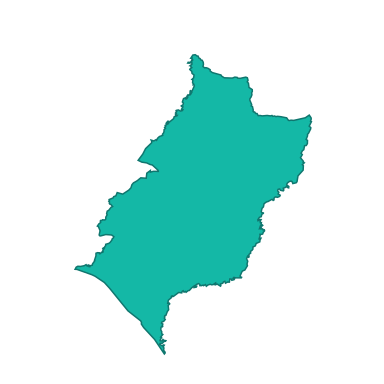 the district of Mbanza-Ngungu, Bas-Congo, Democratic Republic of the Congo, rotated 47°
{"feature_id": "63176286B82592558575614", "entity_name": "Mbanza-Ngungu", "entity_type": "district", "adm_level": 2, "iso_a3": "COD", "parent_name": "Democratic Republic of the Congo", "parent_adm1": "Bas-Congo", "projection": "equal_earth", "projection_center": [14.766, -5.339], "detail": "fine", "context": "isolated", "style": "filled", "palette": "teal", "viewbox_px": 384, "rotation_deg": 47, "n_neighbors": 0, "source": "geoboundaries", "source_scale": "gbopen_adm2", "svg_char_len": 6057}
<svg xmlns="http://www.w3.org/2000/svg" viewBox="0 0 384 384"><g transform="rotate(47 192 192)"><path d="M142.0,259.2L143.0,259.1L143.9,260.2L144.7,260.4L145.9,259.8L148.5,260.0L148.0,261.6L148.6,265.4L148.2,267.1L149.7,269.3L150.8,269.6L151.6,272.2L152.9,273.4L153.1,274.4L152.8,275.1L151.3,276.4L151.3,277.4L150.5,278.3L150.7,278.9L152.0,279.6L151.8,281.9L152.4,284.5L153.5,284.1L157.6,285.6L160.1,289.2L161.0,289.4L161.8,288.8L164.3,284.1L168.6,280.1L171.4,279.6L171.9,280.9L171.9,282.6L172.5,283.3L173.0,286.2L172.9,287.7L171.4,290.8L172.2,291.5L172.8,294.2L172.4,295.1L172.6,296.0L173.1,296.0L173.5,295.2L174.3,297.9L175.1,297.8L175.2,298.5L174.4,299.5L174.5,301.2L174.1,301.7L173.3,301.2L171.9,302.5L171.3,304.0L173.2,305.8L175.5,310.0L176.0,310.0L176.7,313.7L177.5,314.9L176.6,316.5L177.0,317.6L176.3,318.2L175.6,317.4L175.0,318.6L174.6,317.9L173.9,319.2L172.9,319.0L172.4,321.1L170.4,324.3L168.4,326.2L168.0,328.0L168.8,330.2L170.2,328.9L184.3,321.6L187.6,320.3L198.4,317.8L206.1,317.9L235.3,319.9L251.3,317.4L253.1,318.0L254.0,319.1L258.2,319.8L274.2,319.9L291.6,322.7L291.4,321.4L290.7,320.9L288.4,320.7L286.9,318.9L285.6,318.7L285.1,316.7L284.5,317.0L283.9,318.8L281.4,319.5L280.9,318.6L282.4,316.7L282.2,314.5L283.1,313.2L282.9,312.5L281.4,313.7L280.0,313.8L280.6,315.4L279.1,316.8L278.7,316.6L277.6,313.5L276.7,313.9L276.3,310.5L275.0,310.8L273.4,309.3L271.7,309.0L269.8,306.9L269.9,305.9L270.4,305.6L270.2,304.9L269.4,304.8L268.7,303.4L267.1,303.8L266.6,302.8L267.3,300.8L267.0,298.5L265.4,298.3L264.9,297.1L264.2,296.9L263.9,296.2L264.4,295.2L262.6,291.6L262.2,289.4L258.7,286.8L258.6,284.6L257.4,284.5L256.8,285.6L255.0,283.0L255.2,279.4L254.2,278.1L254.5,277.3L255.3,277.5L255.7,276.7L256.4,270.3L258.8,268.3L258.0,267.0L258.2,265.8L259.8,266.1L260.3,264.6L261.3,264.7L261.5,262.1L262.2,261.1L261.9,257.5L262.2,254.7L263.3,255.7L264.5,253.7L264.2,252.9L263.5,253.6L262.7,253.5L262.7,251.6L263.5,249.6L265.1,249.3L265.8,250.1L267.0,248.9L267.6,247.4L268.4,247.4L268.9,245.3L270.7,245.8L270.9,243.7L271.9,241.6L273.2,241.0L274.1,239.8L274.6,236.7L275.3,237.2L275.4,238.5L275.8,238.3L276.5,236.4L280.3,235.4L280.2,234.8L278.7,233.8L279.7,231.8L279.2,230.3L279.7,228.9L281.5,229.7L282.1,227.5L283.4,226.1L281.4,223.6L282.5,222.7L283.7,223.1L284.8,221.1L284.6,220.3L283.1,220.8L283.0,219.6L284.6,218.6L288.4,214.5L288.2,213.9L286.9,214.4L286.2,214.1L284.5,210.2L284.2,209.0L285.1,206.5L283.7,201.7L282.2,200.9L280.6,198.4L278.1,197.7L276.9,195.3L278.2,195.3L278.4,194.7L277.6,193.8L276.8,193.7L276.5,192.5L276.7,190.7L275.8,190.2L275.3,189.0L275.6,188.0L275.3,186.4L273.8,185.0L274.6,182.4L273.4,180.2L274.7,176.4L273.5,175.0L272.8,173.0L272.4,173.4L272.4,175.6L270.4,171.9L269.3,171.2L270.6,169.8L270.9,168.9L270.1,167.4L269.9,165.4L269.0,164.9L268.1,165.9L267.1,165.5L265.7,167.0L265.2,165.8L264.7,167.4L263.3,164.8L263.6,164.3L264.6,164.3L264.6,163.0L262.5,163.3L261.7,162.1L261.0,162.9L259.8,162.1L259.3,160.3L258.4,161.1L258.0,163.3L257.2,162.9L256.5,159.9L257.3,158.2L255.9,156.1L256.3,154.4L256.0,154.1L254.4,155.0L253.6,154.8L251.7,151.9L251.6,149.9L249.7,147.3L250.1,144.1L250.8,143.0L251.8,138.9L252.1,138.4L253.5,138.4L253.7,137.4L252.6,136.5L252.3,135.4L252.6,134.2L254.2,133.1L255.0,130.9L254.5,129.7L252.2,130.4L251.4,128.6L249.8,128.7L249.1,128.0L248.8,127.1L249.6,125.8L251.0,126.2L253.4,124.5L253.2,123.5L251.5,122.7L252.3,120.8L252.4,119.0L253.6,119.2L254.9,118.5L254.0,117.4L251.4,117.9L250.7,116.9L250.5,115.7L250.7,113.7L251.5,112.2L252.5,111.7L254.6,112.5L256.3,109.5L256.1,108.2L252.5,103.5L251.8,95.8L248.7,92.6L247.3,92.7L247.2,90.0L246.1,90.5L245.6,89.6L240.9,89.3L239.9,85.8L238.1,85.8L237.1,83.1L237.3,81.4L234.9,78.1L235.9,76.7L235.3,74.6L233.0,72.3L231.4,72.7L229.8,69.3L228.6,68.2L228.5,66.7L226.8,62.2L225.9,61.2L223.8,61.4L222.0,56.7L221.1,57.1L219.9,55.0L218.9,54.3L215.7,53.8L215.0,58.5L209.0,68.8L207.0,70.6L206.2,72.0L205.4,72.6L202.3,72.2L197.6,75.6L195.0,77.8L194.1,79.2L192.7,79.8L191.8,81.3L190.6,81.3L189.8,82.8L187.3,84.8L184.2,88.8L182.5,90.0L181.3,91.5L179.0,90.9L177.9,91.9L176.2,91.6L175.4,92.4L174.6,92.3L173.8,91.3L170.7,89.5L169.4,90.0L168.7,88.7L164.1,87.0L163.2,85.9L162.9,84.2L161.8,81.9L160.1,80.7L159.6,79.3L158.2,78.1L154.4,79.0L150.9,76.5L149.1,76.5L148.5,74.8L146.2,73.6L144.7,74.3L141.7,79.3L139.8,81.0L139.0,80.8L137.2,82.3L136.2,84.8L130.5,90.5L127.4,91.3L126.2,91.0L118.5,95.7L115.8,96.2L114.9,95.3L112.3,96.0L110.6,97.0L109.8,98.1L107.7,98.4L106.5,96.6L104.8,95.3L102.6,94.7L101.9,95.4L99.9,95.1L99.0,95.6L96.6,94.9L96.2,95.5L93.8,96.0L92.4,98.0L93.3,101.6L94.2,100.6L94.6,101.3L95.9,101.4L96.0,102.0L95.5,102.5L96.1,103.8L95.5,105.6L94.5,106.3L94.8,107.2L96.2,105.8L97.0,103.7L98.5,104.9L98.3,107.3L99.0,106.8L99.8,107.5L100.9,107.4L100.6,109.4L100.9,110.1L103.6,109.9L105.3,111.1L107.8,110.7L109.6,112.9L109.6,115.3L110.6,114.9L112.5,117.1L113.7,117.2L114.3,118.0L114.6,117.3L116.0,118.0L118.0,122.6L118.0,123.8L116.9,123.9L116.8,124.4L118.7,126.4L119.2,125.0L119.7,126.6L119.6,127.3L119.0,127.4L118.9,128.6L118.2,128.7L118.2,129.6L118.7,129.9L118.8,131.3L119.8,130.6L120.2,132.1L119.9,133.0L118.6,132.7L117.9,134.5L119.6,137.7L121.1,137.6L122.2,139.4L121.6,141.0L122.0,141.3L123.6,140.6L124.4,143.5L124.9,143.6L125.6,142.6L125.9,143.4L125.0,145.2L122.7,146.0L121.6,147.8L121.7,148.3L122.7,148.3L123.0,150.2L124.0,150.0L124.2,151.4L124.7,151.7L125.9,150.5L126.0,151.0L124.8,153.7L125.8,155.4L125.3,162.7L124.4,162.6L124.0,161.2L123.7,161.5L124.1,164.1L124.9,164.4L125.6,163.8L125.0,166.2L126.0,166.5L126.1,168.0L127.3,168.0L127.4,170.0L128.6,171.1L129.4,172.6L129.6,174.2L130.6,174.8L129.2,178.0L129.2,180.3L130.0,182.6L129.2,182.6L128.6,185.1L126.2,186.5L127.8,187.1L128.5,188.1L128.6,196.3L130.7,202.1L132.1,209.8L136.0,208.3L139.8,205.3L143.1,204.0L145.2,202.6L153.0,202.0L153.9,202.6L150.5,206.2L149.1,208.9L147.9,207.8L147.4,212.2L150.7,216.1L146.7,219.8L146.3,224.9L145.4,228.6L145.7,231.0L147.3,233.8L147.5,237.0L146.3,244.1L141.4,247.1L142.9,250.3L142.0,252.4L142.5,253.8L141.0,257.7L141.7,257.9L142.0,259.2Z" fill="#14b8a6" stroke="#0f766e" stroke-width="1.5"/></g></svg>